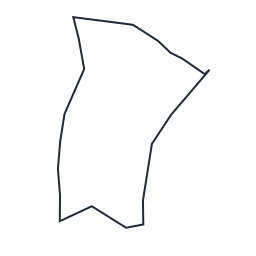 Jung-gu [Central District], Seoul, South Korea (Equal Earth projection), rotated 279°
{"feature_id": "91817680B29418542168397", "entity_name": "Jung-gu [Central District]", "entity_type": "district", "adm_level": 2, "iso_a3": "KOR", "parent_name": "South Korea", "parent_adm1": "Seoul", "projection": "equal_earth", "projection_center": [126.998, 37.546], "detail": "fine", "context": "isolated", "style": "outline", "palette": "slate", "viewbox_px": 256, "rotation_deg": 279, "n_neighbors": 0, "source": "geoboundaries", "source_scale": "gbopen_adm2", "svg_char_len": 412}
<svg xmlns="http://www.w3.org/2000/svg" viewBox="0 0 256 256"><g transform="rotate(279 128 128)"><path d="M25.3,75.2L45.0,104.4L44.3,106.2L29.2,141.7L35.1,158.2L58.8,154.1L116.1,154.1L147.8,168.5L198.3,199.4L193.2,195.4L205.1,170.6L209.0,158.2L218.9,143.7L230.7,116.8L228.9,56.6L209.0,65.2L179.4,75.5L131.9,63.1L104.3,63.1L76.6,65.2L50.9,71.4L25.3,75.2Z" fill="none" stroke="#1e293b" stroke-width="2"/></g></svg>